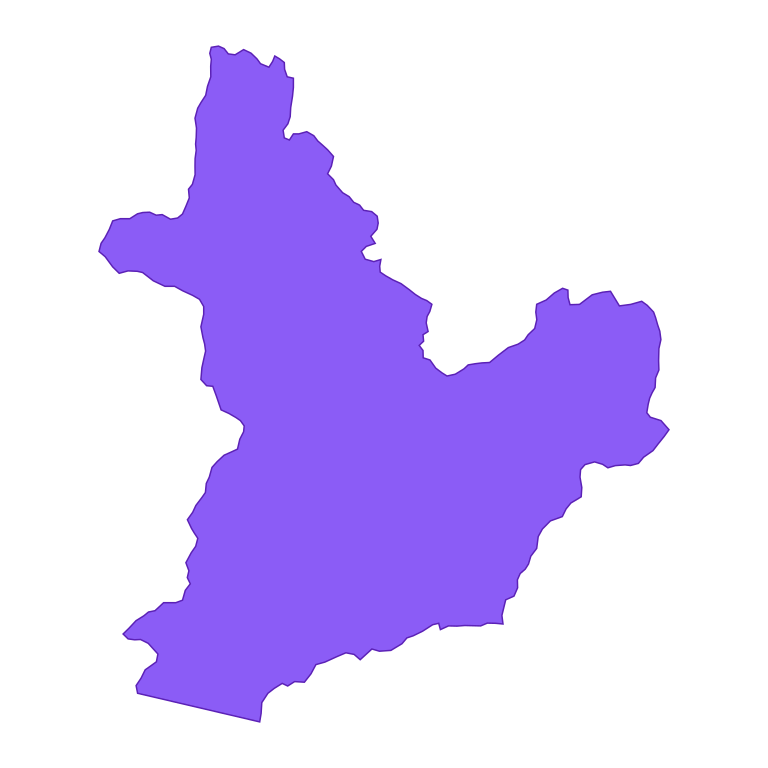 outline of Aurilândia, Goiás, Brazil
{"feature_id": "56859067B84953153729740", "entity_name": "Aurilândia", "entity_type": "district", "adm_level": 2, "iso_a3": "BRA", "parent_name": "Brazil", "parent_adm1": "Goiás", "projection": "mercator", "projection_center": [-50.529, -16.677], "detail": "fine", "context": "isolated", "style": "filled", "palette": "violet", "viewbox_px": 768, "rotation_deg": 0, "n_neighbors": 0, "source": "geoboundaries", "source_scale": "gbopen_adm2", "svg_char_len": 3669}
<svg xmlns="http://www.w3.org/2000/svg" viewBox="0 0 768 768"><path d="M293.4,78.2L287.2,76.8L284.6,69.3L284.3,62.5L279.5,58.8L274.8,56.0L272.6,61.5L268.9,67.2L260.5,63.7L256.9,58.8L251.1,53.2L243.6,49.6L235.1,54.8L228.3,53.9L224.1,48.6L218.5,46.1L211.3,47.3L209.8,53.3L211.3,59.3L210.7,66.2L210.8,76.8L207.5,86.3L205.7,95.3L201.0,102.5L197.7,108.2L195.0,118.2L196.5,128.1L196.2,137.4L195.6,144.1L196.2,150.3L195.1,158.6L195.0,166.1L195.1,174.7L192.4,184.3L188.5,189.2L189.3,197.9L185.9,206.3L182.5,214.0L177.6,218.0L170.5,219.2L162.2,214.6L156.2,215.2L149.7,212.2L142.9,212.5L137.5,213.8L129.8,218.7L120.3,218.7L112.7,220.9L109.3,229.4L104.9,237.8L101.1,243.3L99.0,251.5L105.2,256.7L112.7,266.9L119.2,273.3L128.0,270.9L137.3,271.3L142.6,272.5L153.3,280.8L164.9,286.3L174.6,286.3L182.7,290.8L192.7,295.4L199.5,299.3L203.7,306.5L203.7,314.3L200.9,326.8L203.0,337.8L204.6,343.9L205.6,351.1L203.9,358.5L201.9,367.7L200.9,379.5L206.6,385.7L212.8,386.3L216.4,396.1L221.1,409.9L228.6,413.3L235.9,417.5L240.4,420.6L244.2,425.9L243.6,431.8L239.8,439.2L237.5,449.1L231.7,451.8L224.1,455.2L217.3,461.5L212.0,467.4L209.3,477.1L206.3,483.4L205.4,492.5L202.2,497.1L195.9,505.4L192.7,512.3L187.4,519.7L191.5,528.4L194.4,533.2L197.8,538.3L195.7,546.3L191.2,552.8L185.9,562.7L188.9,570.8L187.3,577.6L190.3,583.8L185.3,590.3L182.5,600.2L175.8,602.7L163.6,602.7L155.0,610.7L148.5,612.0L143.7,615.9L136.1,620.6L128.9,628.3L123.1,634.0L128.1,638.9L134.6,639.8L140.5,639.5L148.2,643.3L157.9,654.0L156.4,661.8L150.3,666.2L145.2,669.8L141.1,678.1L136.1,685.6L137.6,693.3L259.7,721.9L261.1,713.5L261.8,702.6L267.9,693.3L274.2,688.4L282.2,683.4L287.7,686.0L294.6,681.6L304.4,682.2L311.0,673.8L315.9,664.6L324.9,662.1L336.5,656.8L345.9,652.8L354.1,654.4L360.2,659.7L371.9,649.0L379.4,651.2L390.9,650.4L396.5,647.0L402.0,643.7L406.9,637.9L413.2,635.8L422.6,631.2L432.7,624.7L438.7,623.3L440.4,629.6L448.5,625.9L457.0,626.1L464.8,625.5L480.7,625.9L487.3,623.1L495.6,623.3L503.0,624.0L501.9,615.4L505.7,599.8L514.0,596.1L517.6,587.8L517.4,579.8L520.2,573.5L525.2,569.2L528.5,564.0L530.8,556.2L536.7,548.4L538.2,536.6L542.4,529.0L550.4,520.9L562.3,516.6L566.1,508.9L570.9,503.0L581.2,496.8L581.8,487.5L580.0,477.1L580.6,469.6L585.0,464.6L594.6,461.9L602.6,464.3L607.9,467.8L615.4,465.6L625.1,464.9L630.5,465.5L638.4,463.4L643.6,457.2L653.0,450.6L658.0,444.1L664.2,436.4L669.0,429.7L661.0,420.6L650.3,417.2L646.8,412.7L648.2,404.2L649.7,398.1L652.1,392.8L655.1,387.5L655.6,377.9L658.9,370.0L658.6,360.7L658.9,348.6L660.9,339.6L659.8,331.2L657.6,324.7L655.6,317.7L653.6,312.1L647.2,305.3L641.7,301.3L630.7,304.4L619.4,305.9L610.5,291.3L602.6,292.2L592.2,294.8L579.5,304.4L570.0,304.7L568.1,297.5L567.9,290.1L562.6,288.3L554.3,293.0L546.2,300.0L536.7,304.3L535.8,312.1L536.8,319.7L534.7,328.5L528.2,334.7L524.6,340.0L518.0,344.2L508.3,347.6L498.6,355.0L489.6,362.5L482.0,362.9L475.4,363.7L468.2,364.9L463.9,368.9L455.3,374.2L447.0,376.0L441.9,372.8L435.7,368.1L430.0,360.0L423.2,357.8L423.0,350.5L419.2,345.4L423.6,341.2L423.0,334.7L428.1,331.5L426.2,322.9L427.1,316.5L429.8,311.5L431.9,304.3L426.8,300.6L421.5,298.4L415.2,294.4L409.3,289.7L401.0,283.6L392.7,279.8L385.7,275.8L380.2,272.1L379.7,266.2L380.9,259.5L373.8,261.6L365.2,259.2L361.3,251.4L366.3,246.4L375.2,243.4L370.8,236.3L377.0,229.2L378.2,223.1L377.2,216.2L371.7,211.6L363.6,210.3L359.6,205.1L353.7,202.3L349.2,196.7L342.6,192.7L335.9,185.0L333.5,179.7L327.6,173.8L331.4,166.1L333.5,156.5L327.8,150.0L322.7,145.3L317.8,141.0L313.8,135.7L306.8,131.7L298.8,133.9L293.4,133.9L289.4,140.0L284.3,137.9L283.1,130.2L287.9,123.8L290.2,116.7L290.7,107.6L292.5,96.4L293.4,87.5L293.4,78.2Z" fill="#8b5cf6" stroke="#5b21b6" stroke-width="1.5"/></svg>